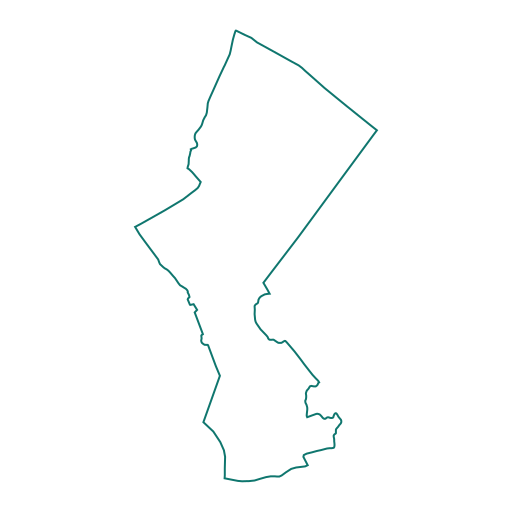 the district of Rach Gia, Kiên Giang, Vietnam
{"feature_id": "81297802B54016933640468", "entity_name": "Rach Gia", "entity_type": "district", "adm_level": 2, "iso_a3": "VNM", "parent_name": "Vietnam", "parent_adm1": "Kiên Giang", "projection": "natural_earth1", "projection_center": [105.109, 10.025], "detail": "fine", "context": "isolated", "style": "outline", "palette": "teal", "viewbox_px": 512, "rotation_deg": 0, "n_neighbors": 0, "source": "geoboundaries", "source_scale": "gbopen_adm2", "svg_char_len": 3989}
<svg xmlns="http://www.w3.org/2000/svg" viewBox="0 0 512 512"><path d="M224.6,478.3L237.9,480.9L242.4,481.3L244.1,481.2L249.1,481.1L254.6,480.5L259.8,478.9L266.1,477.1L270.9,476.3L274.4,476.3L276.7,476.5L279.4,476.5L281.6,475.5L286.1,472.2L291.2,468.9L296.1,467.5L305.1,466.4L305.8,466.1L307.7,465.2L303.4,456.9L303.8,455.1L305.3,454.3L306.8,453.6L312.1,452.3L316.8,451.0L321.0,450.1L324.0,449.3L327.0,448.5L329.6,448.2L331.7,448.2L333.7,447.8L333.8,447.7L334.2,447.1L334.4,446.3L334.5,445.4L334.5,444.3L334.4,443.0L334.2,441.4L334.2,439.9L334.1,438.6L333.7,436.8L333.7,435.5L334.0,435.0L334.3,434.5L335.0,434.0L335.8,433.4L335.9,432.9L335.9,429.8L336.2,429.0L337.1,427.9L338.1,426.8L339.2,425.2L340.8,423.4L341.3,422.1L341.3,420.9L340.9,419.7L339.7,418.3L338.5,416.8L337.8,415.6L337.3,414.6L336.5,413.6L335.9,413.2L335.4,413.3L334.8,413.7L334.3,414.4L333.6,416.1L333.3,417.2L332.7,417.8L331.6,418.0L330.2,417.9L328.6,417.3L327.6,417.3L326.7,417.7L325.5,418.7L324.4,418.8L323.6,418.5L322.6,417.7L321.7,416.5L320.5,415.2L319.6,414.4L318.7,414.1L317.7,413.8L316.8,413.8L315.7,414.1L313.8,414.8L312.1,415.4L310.5,416.0L307.2,417.2L306.8,416.2L306.7,415.2L306.9,413.0L307.2,410.4L307.3,409.0L307.2,407.3L306.5,404.8L305.5,402.8L305.3,401.6L305.3,400.6L305.9,399.3L306.1,398.2L306.2,397.1L306.2,395.7L306.0,394.2L305.9,393.3L306.2,392.2L306.7,390.9L306.8,390.6L308.5,388.7L309.9,386.4L311.2,385.9L313.9,386.4L315.7,386.4L316.7,385.7L317.6,384.7L318.3,383.0L318.9,382.5L319.1,382.4L318.6,381.4L317.6,380.2L315.7,378.3L312.4,374.7L309.4,370.9L304.1,364.1L300.5,359.2L294.4,351.3L286.8,342.4L285.9,341.5L285.4,341.0L284.7,340.9L283.5,341.5L282.4,342.3L281.2,342.9L279.9,342.9L278.3,342.8L277.1,342.1L275.2,340.8L273.9,339.9L273.4,339.7L272.4,339.7L271.1,339.8L269.5,339.7L268.8,339.2L268.4,338.7L268.1,338.2L267.8,337.3L267.3,336.5L266.6,335.7L266.4,335.4L260.6,329.4L256.5,323.5L255.6,321.7L255.1,319.6L254.6,314.1L254.8,309.6L254.6,306.5L254.7,305.8L255.3,304.9L255.9,304.3L257.4,303.4L258.0,302.7L258.2,301.7L258.5,299.7L259.3,298.2L260.1,297.2L261.3,296.2L264.7,294.4L267.4,293.9L269.6,293.7L267.5,289.8L264.8,285.2L263.5,283.0L263.4,282.8L271.6,272.0L284.6,255.0L297.6,238.0L299.6,235.3L340.3,179.9L373.9,134.3L376.9,130.3L370.2,125.0L346.3,105.8L324.4,87.9L311.8,76.7L305.4,71.1L302.0,67.9L298.7,65.4L291.5,61.5L283.6,57.1L279.5,54.8L257.0,42.4L251.4,37.9L245.0,35.0L239.1,32.1L236.3,30.7L235.7,30.7L235.3,31.5L234.3,34.6L232.9,39.6L231.6,45.8L230.6,50.8L229.7,54.4L227.5,59.2L224.7,65.4L223.9,66.9L219.7,75.8L213.1,90.6L210.3,96.8L208.5,101.0L207.8,103.3L207.4,107.6L206.8,112.7L206.0,115.3L204.7,117.3L203.2,120.3L202.3,123.4L201.7,125.1L200.9,126.6L198.4,129.9L196.6,131.9L195.5,133.3L195.1,134.3L194.8,135.5L194.7,136.6L194.7,138.0L195.0,139.6L196.1,141.6L196.8,142.7L197.1,143.8L197.2,144.3L197.2,145.2L196.9,146.4L195.7,147.5L193.1,148.4L192.0,148.7L190.8,149.3L191.0,149.8L191.1,150.2L191.0,150.4L190.4,151.8L190.2,153.3L189.6,155.9L189.0,157.5L188.8,159.2L188.8,160.4L188.6,164.2L188.1,165.7L187.8,166.7L187.6,167.6L187.5,168.3L188.9,169.1L190.2,170.3L192.2,172.2L192.7,172.8L193.6,173.8L194.7,175.1L195.6,176.2L197.1,177.9L200.7,182.0L200.0,183.6L199.4,185.1L199.1,185.9L197.7,188.0L195.1,190.2L191.2,193.1L184.9,198.0L183.2,199.3L164.7,210.4L140.4,224.1L135.1,226.9L139.6,234.4L145.4,242.3L158.2,259.5L159.2,262.3L160.0,264.1L163.4,267.3L165.0,268.5L166.0,269.0L167.3,269.8L168.8,271.1L170.2,272.6L173.0,275.9L175.0,278.1L178.5,283.3L180.1,285.3L182.6,286.7L182.6,286.8L185.9,288.8L187.2,290.2L187.8,291.4L187.7,292.4L188.9,294.8L189.5,297.0L188.9,297.7L188.1,298.4L187.7,299.4L189.9,304.7L190.3,304.9L191.3,304.7L193.6,304.2L197.1,309.9L194.7,312.4L202.9,334.2L201.6,335.1L201.3,335.7L201.5,337.2L201.6,338.4L201.2,340.5L201.4,341.7L201.9,342.8L203.3,344.0L204.6,344.8L207.7,344.9L208.1,345.3L215.8,366.0L219.9,375.8L203.4,422.2L213.3,431.5L220.3,442.1L224.0,450.5L224.0,450.8L225.1,456.8L224.8,468.2L224.8,475.4L224.6,478.3Z" fill="none" stroke="#0f766e" stroke-width="2"/></svg>